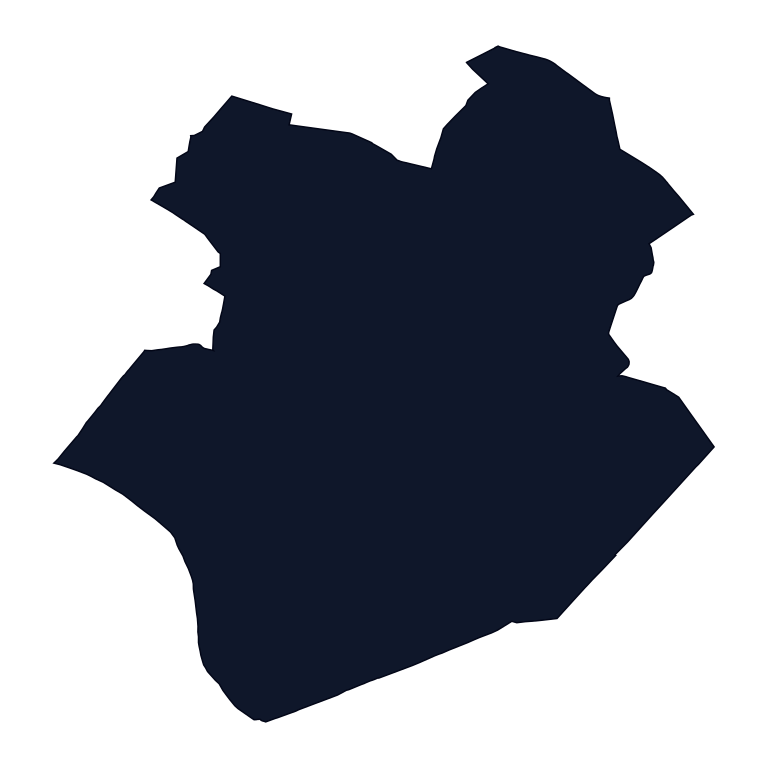 outline of Vīpes pag., Krustpils, Latvia
{"feature_id": "27541924B97352892903431", "entity_name": "Vīpes pag.", "entity_type": "district", "adm_level": 2, "iso_a3": "LVA", "parent_name": "Latvia", "parent_adm1": "Krustpils", "projection": "natural_earth1", "projection_center": [26.114, 56.47], "detail": "fine", "context": "isolated", "style": "filled", "palette": "ink", "viewbox_px": 768, "rotation_deg": 0, "n_neighbors": 0, "source": "geoboundaries", "source_scale": "gbopen_adm2", "svg_char_len": 5571}
<svg xmlns="http://www.w3.org/2000/svg" viewBox="0 0 768 768"><path d="M53.9,463.1L60.2,464.7L69.0,467.7L75.8,470.1L86.7,474.2L91.2,476.4L95.6,478.8L103.1,482.2L115.6,490.0L122.7,494.1L131.9,501.1L137.5,505.7L144.6,511.1L154.9,518.6L162.2,524.8L170.5,532.0L174.8,537.8L177.2,545.1L178.9,548.8L183.0,556.1L185.0,561.6L188.4,568.6L191.4,576.5L192.6,580.3L193.3,583.9L193.4,589.0L193.7,591.1L195.2,600.9L196.6,613.0L197.4,618.3L198.0,626.3L197.9,632.0L198.5,636.7L198.5,642.6L199.1,646.2L200.2,651.3L200.9,655.3L202.8,662.0L203.7,664.9L205.7,668.0L207.6,671.6L212.1,676.6L215.3,680.2L219.2,683.8L223.0,690.5L226.1,694.7L229.8,699.6L234.9,705.8L238.0,708.6L250.2,717.1L253.8,719.6L254.2,719.7L255.2,719.7L256.5,719.5L256.8,719.6L257.6,719.3L258.0,719.3L258.3,719.4L258.7,719.2L259.1,719.1L260.4,719.5L261.1,720.3L262.4,720.9L264.1,721.3L265.7,721.9L274.7,718.6L275.6,718.3L277.6,717.7L286.9,714.3L295.8,711.1L298.9,709.6L309.5,705.6L313.7,704.0L324.9,699.8L332.6,696.9L337.6,695.0L346.3,690.3L348.7,689.7L353.1,687.9L358.4,685.7L361.6,684.4L363.9,683.6L366.0,682.6L370.1,680.9L372.6,680.1L374.5,679.4L378.2,677.8L378.7,678.1L388.1,674.6L396.9,671.3L412.1,665.6L419.6,662.5L434.9,655.7L439.0,654.1L442.0,653.1L449.3,649.9L467.9,642.5L474.2,639.7L479.4,637.5L488.3,634.1L491.3,633.0L497.6,630.1L511.8,621.3L516.8,622.7L520.9,622.2L524.2,621.8L524.7,621.7L531.8,621.2L535.1,620.9L535.5,620.9L541.3,620.3L548.3,619.5L557.0,618.5L562.5,612.4L576.0,597.5L585.4,587.2L586.1,586.5L589.0,583.4L592.1,580.0L602.0,569.9L608.9,562.6L615.6,555.5L615.0,555.3L614.8,555.0L615.8,553.9L620.1,549.5L621.9,547.7L627.7,541.8L653.0,513.8L654.1,512.6L663.3,502.6L695.8,466.9L698.4,464.4L714.1,446.9L710.6,442.0L707.1,437.1L701.2,428.8L690.4,413.7L678.7,397.2L676.5,395.8L666.6,389.7L665.4,388.1L662.8,387.4L653.1,384.6L646.9,382.8L628.4,377.5L625.9,376.7L623.8,376.2L622.7,375.9L621.3,375.8L618.6,376.1L617.8,376.2L619.6,374.0L625.4,368.7L627.4,367.2L628.1,366.1L628.6,365.1L629.0,364.2L629.1,362.5L629.1,361.5L628.3,359.3L627.3,358.1L617.0,345.9L614.0,341.9L608.6,334.2L608.7,332.2L610.3,327.2L616.4,308.6L617.5,305.4L619.0,304.1L625.6,301.1L629.2,299.6L631.4,298.3L633.2,296.4L634.1,295.2L635.8,292.2L637.5,288.8L639.8,284.0L641.5,280.8L642.6,278.4L643.4,276.9L644.1,276.1L645.0,275.7L646.2,275.2L647.7,274.7L649.3,274.2L650.4,273.7L651.5,272.7L651.9,271.7L652.3,270.2L652.7,268.2L653.0,266.3L653.4,265.3L653.8,262.6L653.6,261.3L653.2,260.1L652.9,257.5L652.4,255.2L651.1,247.7L649.2,244.1L649.0,243.7L649.4,243.5L664.5,233.3L681.7,221.6L691.2,215.1L693.4,214.3L679.0,196.7L676.2,193.5L673.4,190.3L670.7,187.0L667.9,183.7L667.5,183.0L667.3,182.8L667.1,182.6L666.8,182.2L666.5,181.9L666.3,181.7L665.7,181.0L665.2,180.3L664.6,179.6L664.2,179.2L663.9,178.8L663.3,178.2L662.9,177.7L662.7,177.4L662.5,177.2L662.4,177.1L662.1,176.9L659.7,174.7L657.5,173.1L651.1,168.6L646.2,165.4L641.5,162.4L625.4,152.6L619.9,149.3L618.2,141.6L617.6,139.1L616.9,136.4L616.1,131.8L615.3,128.0L614.5,124.1L613.6,119.5L612.6,114.5L610.7,106.0L609.3,99.8L609.4,99.6L609.4,98.1L608.0,97.9L606.6,97.7L604.0,97.2L602.9,96.9L601.6,96.6L600.1,96.1L598.8,95.7L597.9,95.3L596.9,94.8L595.3,93.9L593.9,92.9L580.0,82.7L567.5,73.4L567.4,73.5L554.4,63.8L554.1,63.6L554.3,63.6L554.0,63.4L552.6,62.5L551.0,61.6L549.9,61.0L548.6,60.4L547.4,59.9L545.2,59.1L543.2,58.6L537.2,57.0L529.7,55.2L517.3,51.9L516.7,51.8L502.6,47.7L501.9,47.5L500.7,47.2L499.1,46.6L498.1,46.1L497.7,46.3L497.3,46.5L495.6,47.3L495.9,47.5L492.9,49.0L479.8,55.7L477.0,57.1L466.5,62.4L466.6,62.6L472.6,69.2L477.4,73.7L488.2,83.8L481.5,88.1L475.3,92.4L467.9,100.2L465.9,105.6L455.3,116.1L447.5,124.2L443.4,128.8L440.7,138.4L440.4,139.0L436.6,149.2L436.4,150.0L434.6,156.1L434.0,159.3L431.4,168.8L429.2,168.3L413.3,164.5L410.3,163.8L406.7,162.9L402.9,162.1L400.7,161.5L399.9,161.2L399.5,161.0L397.1,160.2L391.2,154.2L377.0,146.1L371.2,142.9L371.5,142.6L352.1,133.9L349.8,133.1L341.6,132.0L296.9,125.9L289.1,124.8L291.6,114.0L272.5,108.8L259.6,104.7L231.8,96.1L227.6,101.0L220.4,109.3L218.1,112.0L214.0,116.8L204.8,126.8L204.3,127.6L203.8,128.8L202.5,131.4L197.3,134.0L194.2,135.5L190.7,135.7L190.9,137.0L189.8,142.0L189.0,146.6L188.9,147.3L188.2,151.5L187.8,151.8L177.0,158.1L176.3,167.6L175.7,175.7L175.2,182.2L165.1,185.9L162.1,187.0L159.3,188.0L155.8,193.3L153.8,196.7L151.1,199.9L156.1,202.8L166.3,208.7L173.1,212.8L175.2,214.3L182.4,219.1L183.8,219.9L185.8,221.4L190.6,224.6L199.7,230.8L204.7,234.2L205.7,235.5L207.7,238.3L218.1,251.9L220.3,253.5L220.3,266.5L220.3,266.8L219.9,266.9L211.6,270.4L210.9,274.3L204.1,283.5L208.3,285.8L213.6,289.2L216.8,290.9L224.9,296.1L223.4,304.7L223.2,305.6L222.7,308.4L222.0,311.6L221.6,312.8L220.4,317.7L219.7,322.1L216.6,327.2L214.1,330.0L214.0,330.9L213.3,337.1L213.1,342.7L212.8,349.4L213.6,350.6L209.9,349.7L208.3,349.4L207.2,349.1L205.3,348.7L204.6,348.5L203.8,348.2L203.5,348.0L203.2,347.8L202.2,347.1L200.7,345.5L199.8,344.9L198.9,344.4L197.9,344.2L195.9,344.1L193.0,344.1L191.8,344.3L190.3,344.7L188.9,345.0L187.5,345.6L183.9,346.5L183.1,346.6L181.5,346.9L179.4,347.0L176.5,347.3L170.0,348.1L165.8,348.8L163.0,349.2L161.9,349.4L158.7,349.7L156.4,350.0L153.1,350.5L151.6,350.7L149.6,350.6L147.1,350.5L144.7,350.3L143.9,351.7L142.3,353.6L130.7,367.5L129.3,369.3L127.8,370.9L126.5,372.5L125.6,373.8L124.7,374.9L124.0,375.7L123.7,375.6L121.1,378.6L112.5,389.8L111.3,391.4L108.7,394.8L107.8,395.9L104.8,399.9L102.5,403.0L102.3,403.3L101.4,404.6L100.6,405.7L98.0,408.2L94.8,412.4L87.7,421.1L86.4,422.5L82.5,428.8L77.8,435.8L76.8,436.7L64.4,451.2L58.1,459.0L53.9,463.1Z" fill="#0f172a" stroke="#020617" stroke-width="1.5"/></svg>